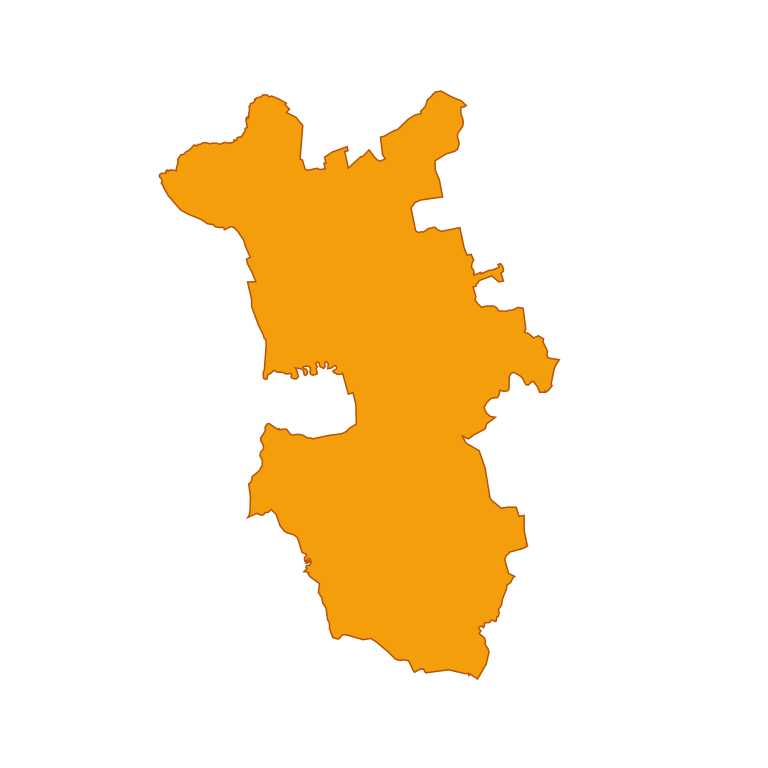 the district of Tulang Bawang Barat, Lampung, Indonesia, rotated 348°
{"feature_id": "22746128B7348236235073", "entity_name": "Tulang Bawang Barat", "entity_type": "district", "adm_level": 2, "iso_a3": "IDN", "parent_name": "Indonesia", "parent_adm1": "Lampung", "projection": "albers", "projection_center": [105.087, -4.433], "detail": "fine", "context": "isolated", "style": "filled", "palette": "amber", "viewbox_px": 768, "rotation_deg": 348, "n_neighbors": 0, "source": "geoboundaries", "source_scale": "gbopen_adm2", "svg_char_len": 6144}
<svg xmlns="http://www.w3.org/2000/svg" viewBox="0 0 768 768"><g transform="rotate(348 384 384)"><path d="M490.7,572.4L490.0,569.8L490.6,569.8L490.6,557.4L493.7,541.6L488.6,541.6L487.7,532.1L479.7,530.2L472.8,529.8L465.0,520.0L463.6,515.8L464.1,515.9L465.4,487.2L463.2,469.0L451.9,458.9L449.5,450.4L452.9,453.9L455.5,455.2L461.4,452.4L472.6,449.3L474.0,448.4L476.1,444.4L486.0,439.7L481.1,437.7L478.0,433.3L477.0,427.7L480.4,423.9L484.6,420.8L487.1,420.3L492.2,420.9L494.6,418.2L496.0,414.2L499.9,416.2L503.8,416.3L505.3,414.7L508.1,402.7L510.6,400.0L513.3,399.6L518.3,403.9L520.5,406.6L522.3,413.4L523.2,414.6L525.2,414.9L529.0,412.5L530.8,412.7L533.7,419.2L534.5,424.4L539.9,425.6L540.1,424.6L541.1,425.5L543.8,424.2L548.2,420.6L547.4,419.0L553.2,405.5L555.4,401.9L560.5,396.7L551.0,393.1L549.3,391.1L549.7,388.3L550.8,386.1L548.3,376.0L549.4,373.1L545.1,368.9L539.9,370.0L536.0,364.8L532.1,362.5L534.2,359.6L535.8,338.8L531.0,336.9L524.4,338.5L520.9,337.7L519.3,338.4L511.1,336.2L510.4,333.4L507.8,330.7L500.7,329.1L495.2,329.1L492.2,324.6L490.5,320.3L492.0,317.9L491.3,307.6L494.1,307.6L493.9,307.1L498.8,302.6L511.8,300.6L517.5,308.0L522.3,308.1L521.5,299.7L523.9,298.9L524.8,296.4L524.2,292.7L522.8,290.5L520.3,290.8L521.2,293.6L518.8,294.1L513.1,295.2L510.7,294.6L502.0,296.4L501.9,295.0L494.7,296.2L494.4,294.8L495.4,294.0L495.1,290.6L493.8,288.3L495.0,284.4L497.5,281.5L496.2,275.3L492.0,275.2L490.7,267.4L490.7,246.8L471.9,246.6L468.0,244.0L466.8,241.5L465.3,241.1L459.6,241.2L454.2,243.6L452.6,242.9L449.6,243.0L448.0,242.1L446.8,240.3L447.0,217.6L452.3,212.8L458.5,211.7L480.3,213.2L480.6,195.8L478.7,185.7L480.3,176.3L492.6,171.9L501.5,171.1L504.6,169.8L507.0,165.8L507.6,163.3L507.3,157.3L508.2,154.3L514.6,148.2L515.9,144.7L516.2,141.3L515.5,135.9L516.0,131.7L517.2,129.4L520.3,129.6L522.4,128.7L518.3,122.9L509.7,117.1L500.9,109.4L494.7,109.0L493.3,110.5L491.9,110.6L490.4,112.4L485.7,114.9L481.8,121.5L476.8,124.7L476.2,127.2L469.7,127.4L462.5,130.2L450.6,137.7L444.8,138.7L435.6,141.7L431.9,141.7L430.3,159.4L432.0,163.9L426.9,165.3L424.2,163.6L422.2,160.8L418.1,151.9L409.9,157.4L408.7,156.7L394.0,165.4L394.0,148.4L397.2,148.4L397.4,144.2L381.7,146.3L373.0,149.8L373.1,155.8L371.2,155.5L371.2,161.3L365.7,160.9L363.5,159.1L353.5,159.1L351.5,157.3L350.8,148.0L348.7,146.5L358.3,114.2L353.3,104.8L345.0,98.1L348.7,95.6L345.2,89.9L346.8,89.0L339.3,82.5L333.8,78.9L331.5,79.4L329.8,77.0L326.1,76.0L324.9,76.3L324.1,77.4L318.5,77.8L316.6,78.6L317.0,79.8L314.0,81.9L311.6,81.8L310.9,84.4L309.8,84.4L309.3,88.4L308.0,90.8L308.3,91.6L307.2,93.5L307.3,94.6L305.0,94.6L304.7,95.1L306.2,95.6L303.8,96.7L303.6,104.6L301.3,105.2L300.8,107.6L295.4,112.9L294.5,112.2L291.5,112.6L290.6,114.6L289.7,114.9L288.2,114.0L288.2,115.4L284.7,116.6L283.3,115.8L282.6,116.5L278.6,114.5L272.8,115.4L270.9,113.8L265.7,112.6L264.4,113.1L259.3,110.7L256.4,110.6L253.9,111.5L251.9,110.9L250.1,112.2L248.6,110.8L247.6,110.9L242.0,114.9L239.2,115.4L235.9,117.6L232.9,117.6L229.2,121.1L228.2,125.2L225.6,130.1L225.3,132.2L219.7,130.1L217.0,131.1L216.9,129.8L216.0,129.6L214.4,131.2L214.6,132.0L213.3,132.4L210.2,131.6L207.9,132.5L207.5,135.1L208.8,136.5L209.3,139.8L208.2,140.5L207.9,141.8L208.9,142.4L209.2,145.5L212.0,154.7L221.3,171.6L227.3,176.8L239.2,184.9L244.7,190.6L249.6,192.4L252.1,195.3L255.8,196.8L259.0,197.3L259.9,198.0L259.8,199.7L260.4,200.0L265.6,198.4L267.5,198.4L269.7,199.7L272.9,204.8L276.7,214.4L277.2,221.0L279.5,232.2L275.5,233.2L275.5,238.3L278.0,246.8L279.9,257.3L271.7,255.8L272.1,273.3L270.6,280.9L273.4,299.9L276.1,310.7L276.4,314.6L277.6,316.1L277.0,320.9L270.0,344.9L268.0,348.3L267.4,353.4L268.6,354.6L270.7,354.7L272.1,350.8L276.0,349.8L278.3,348.0L279.7,348.1L281.8,350.1L287.1,351.5L290.2,353.8L295.2,354.4L295.5,356.1L294.5,357.7L295.0,358.9L296.7,360.1L299.5,360.7L301.8,358.9L301.6,353.0L300.5,349.7L306.6,352.3L307.7,353.9L307.9,358.5L308.9,359.2L310.5,358.6L311.9,356.4L311.0,353.4L308.9,352.3L308.3,350.8L309.1,350.3L312.5,350.5L314.0,351.1L315.4,352.9L314.1,356.9L314.2,359.1L316.0,360.5L318.8,360.6L320.9,360.0L320.9,355.1L322.4,353.2L321.5,350.0L322.0,349.1L323.6,348.9L324.9,349.8L325.0,353.8L328.3,356.3L330.0,354.7L330.3,351.6L331.4,350.0L332.3,350.0L333.7,352.7L332.1,357.4L335.9,357.4L339.4,355.7L340.5,356.1L341.3,357.7L341.0,358.7L340.4,359.5L336.8,360.5L336.7,361.5L340.1,364.7L341.9,365.3L344.2,365.4L345.7,364.8L347.0,386.5L351.9,386.2L352.2,398.3L348.6,417.4L341.8,419.8L336.9,422.8L331.8,423.8L319.6,422.8L302.8,422.8L300.8,421.4L298.2,421.0L294.0,417.2L290.2,415.5L282.6,414.6L279.2,407.8L271.6,406.7L272.0,406.0L269.9,405.6L263.4,398.8L261.6,398.7L258.9,401.1L258.1,405.2L252.1,411.1L251.7,414.1L253.0,417.5L253.0,421.2L252.9,422.1L249.3,424.9L247.7,428.3L249.1,433.2L248.1,438.1L243.8,443.0L235.9,447.1L233.7,452.1L230.9,453.6L229.9,466.6L226.9,479.2L224.9,484.2L223.0,486.2L232.4,484.1L237.0,486.9L239.1,486.8L240.9,485.0L244.0,485.5L247.7,483.3L251.5,489.5L252.8,500.8L255.8,507.1L258.2,509.4L264.3,512.7L266.9,515.6L267.6,517.6L268.8,531.8L272.8,534.4L272.9,535.3L269.9,537.7L269.7,540.8L270.9,541.0L273.8,538.9L275.5,539.9L275.5,540.9L270.9,542.0L270.2,542.9L271.7,543.2L275.5,542.2L276.0,542.7L273.6,545.9L270.4,545.4L269.5,547.2L270.3,548.5L266.7,550.9L268.6,551.4L271.0,553.2L270.4,554.3L271.5,557.0L279.4,565.9L276.5,574.1L278.7,580.4L278.6,585.8L280.7,590.8L279.8,602.8L280.9,606.2L279.8,612.2L281.2,621.4L285.9,623.9L287.3,623.7L291.2,620.6L294.9,621.5L310.3,629.7L318.2,630.2L322.8,634.6L332.5,647.1L338.0,655.6L342.4,657.8L345.8,657.8L350.5,659.8L353.3,671.3L354.0,672.3L360.2,670.4L363.3,671.1L364.7,675.2L387.8,677.0L404.1,684.6L406.5,684.4L406.5,686.8L408.1,685.8L414.2,692.0L425.8,679.2L430.9,668.3L430.9,665.4L428.8,659.9L429.7,656.7L429.6,653.5L425.2,647.8L427.5,645.7L426.0,643.3L426.0,642.1L428.6,641.1L429.7,641.5L430.5,643.0L431.9,641.6L432.7,638.6L437.9,639.3L439.4,637.5L441.1,637.6L443.5,639.6L444.3,639.4L446.0,635.5L447.4,635.2L449.2,631.6L449.1,628.2L452.7,625.3L455.3,618.8L461.1,610.1L462.4,606.3L466.7,604.5L469.8,600.4L471.9,599.4L466.5,595.2L465.6,580.8L467.8,577.5L472.4,574.5L486.3,573.7L490.7,572.4Z" fill="#f59e0b" stroke="#b45309" stroke-width="1.5"/></g></svg>